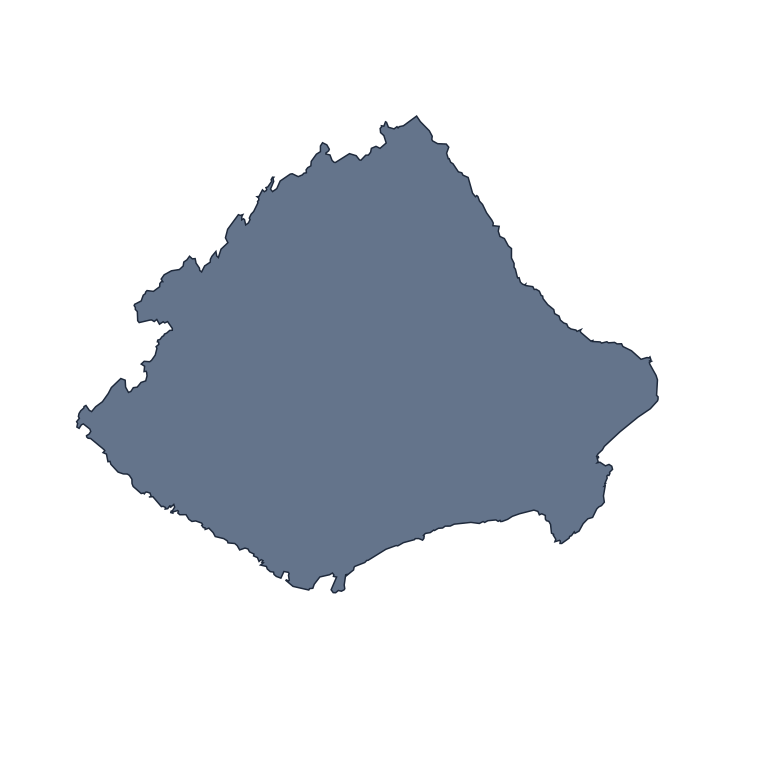 Bangkalan, Jawa Timur, Indonesia (Equal Earth projection), rotated 217°
{"feature_id": "22746128B23347682239441", "entity_name": "Bangkalan", "entity_type": "district", "adm_level": 2, "iso_a3": "IDN", "parent_name": "Indonesia", "parent_adm1": "Jawa Timur", "projection": "equal_earth", "projection_center": [112.943, -7.046], "detail": "fine", "context": "isolated", "style": "filled", "palette": "slate", "viewbox_px": 768, "rotation_deg": 217, "n_neighbors": 0, "source": "geoboundaries", "source_scale": "gbopen_adm2", "svg_char_len": 6171}
<svg xmlns="http://www.w3.org/2000/svg" viewBox="0 0 768 768"><g transform="rotate(217 384 384)"><path d="M606.8,168.9L605.0,168.2L603.4,164.8L600.8,165.1L601.1,169.3L600.1,171.2L591.8,171.0L589.6,169.6L589.4,166.4L590.5,163.7L589.6,162.8L587.7,162.6L585.5,163.9L568.2,163.1L566.8,162.7L567.1,160.1L563.5,161.0L557.7,155.8L556.2,157.3L553.8,155.5L543.4,153.6L538.1,155.3L534.8,157.6L532.4,157.8L528.0,156.2L525.4,152.9L522.7,151.2L512.0,150.4L510.5,152.1L509.3,152.0L509.3,154.0L508.4,155.0L505.2,156.1L502.7,154.4L502.4,153.6L503.8,152.2L500.8,154.9L488.0,152.1L486.8,153.4L484.2,153.9L483.5,152.4L481.7,154.3L481.8,157.7L480.6,158.2L480.3,156.6L479.4,161.3L477.1,159.7L476.7,155.6L477.5,154.3L476.9,153.0L474.9,153.8L475.6,154.7L472.7,158.7L471.6,158.7L471.0,156.9L468.4,156.7L463.5,160.5L458.4,158.5L454.7,158.6L452.0,161.3L445.9,163.2L444.3,162.5L444.5,161.4L441.9,160.6L440.4,161.4L439.3,160.2L437.1,163.5L431.0,162.5L427.0,160.6L418.9,164.1L414.6,164.4L413.0,163.2L407.2,166.8L404.0,166.6L399.4,164.6L396.3,169.3L393.4,170.4L390.4,169.0L385.5,169.9L384.7,168.2L380.6,169.2L377.0,167.1L376.4,169.8L374.3,170.1L374.3,168.1L372.8,168.6L373.7,165.1L368.1,167.5L365.9,166.0L361.9,165.7L359.0,167.3L357.2,165.7L354.2,165.5L349.5,166.9L351.1,174.0L347.1,176.0L345.7,175.5L345.2,173.8L341.6,170.3L341.7,169.3L344.1,168.8L344.1,168.1L334.9,167.6L320.1,174.2L320.3,175.8L317.9,178.0L319.2,182.1L319.1,191.3L312.7,198.9L311.4,202.0L309.2,201.4L308.6,199.9L305.7,201.3L302.4,187.8L299.0,186.8L297.0,188.2L296.2,191.6L293.3,192.9L292.0,195.6L292.1,196.9L294.8,199.5L299.8,208.6L299.1,209.5L298.5,208.7L296.4,217.2L297.6,219.6L297.5,220.8L291.9,229.9L291.6,232.7L290.6,233.6L283.0,253.2L277.1,262.3L275.6,263.0L273.0,269.0L266.0,278.0L266.0,279.3L263.2,281.5L259.2,282.5L259.2,284.6L260.4,286.8L261.4,286.8L261.0,289.6L257.6,293.2L256.4,297.2L255.5,297.4L253.7,301.5L250.5,304.3L249.6,307.3L245.6,310.4L243.6,314.3L231.3,325.8L223.9,330.0L222.1,333.8L220.3,334.0L218.8,337.3L212.8,342.8L210.2,343.0L209.3,344.9L208.1,344.3L206.9,345.4L203.8,350.3L201.9,355.5L197.7,361.9L188.4,373.5L184.4,374.9L181.2,373.0L179.9,375.3L176.1,376.1L173.8,373.2L172.0,372.6L169.7,373.5L166.5,372.1L160.5,365.7L158.1,366.0L157.9,365.2L153.4,363.4L152.6,360.9L149.7,364.8L148.7,364.7L147.5,362.6L146.1,363.6L143.4,372.3L144.0,374.0L143.0,375.7L143.1,380.4L141.6,379.7L139.7,383.9L140.9,392.3L140.1,399.0L137.1,403.0L138.9,412.3L138.5,415.1L137.1,417.8L136.9,422.2L141.4,426.7L145.8,435.3L146.6,434.7L146.4,436.3L147.7,437.3L147.2,438.2L148.0,438.5L149.1,443.1L150.6,444.5L150.5,445.8L149.3,446.3L149.7,448.4L150.7,449.2L150.1,453.4L152.6,455.4L155.9,455.2L157.9,451.9L164.5,451.5L166.3,449.4L166.2,450.8L168.9,452.9L168.3,454.3L169.1,455.0L169.8,453.7L170.7,454.1L171.0,457.0L170.0,462.8L170.5,466.8L166.8,487.7L161.2,510.5L156.4,524.5L155.4,535.2L156.0,536.8L157.4,538.7L159.5,539.0L168.1,551.9L171.9,554.6L183.9,559.9L185.0,560.9L184.1,563.1L185.7,562.5L185.3,563.9L187.9,565.7L188.1,564.3L189.9,563.4L193.6,558.4L206.3,559.5L215.8,557.7L218.5,559.1L222.0,556.3L224.9,556.0L229.6,551.9L231.4,551.9L234.9,547.6L236.7,547.7L243.1,543.4L243.4,544.4L244.7,542.8L257.7,543.6L259.3,544.4L259.4,546.0L261.5,542.2L263.2,542.6L267.7,540.5L271.2,540.2L274.2,541.9L277.3,540.9L281.6,541.2L285.1,543.6L290.1,542.9L293.2,545.6L301.0,545.9L308.4,547.9L310.2,549.7L311.8,549.3L315.8,551.6L319.5,551.2L320.9,549.9L323.7,551.3L329.9,548.0L330.7,547.8L331.0,548.8L331.3,547.8L333.4,547.1L336.3,547.4L340.1,550.2L341.0,549.2L342.1,549.8L348.2,554.8L350.4,555.5L352.7,558.6L358.0,561.3L363.7,568.9L367.8,569.1L375.4,572.6L380.2,571.6L384.7,574.8L386.9,579.2L392.3,576.0L393.6,578.3L396.6,579.8L405.0,582.4L413.4,586.7L417.7,587.5L421.8,590.2L423.3,590.3L423.7,588.6L428.1,589.7L441.1,599.6L446.6,598.3L449.0,599.5L452.3,598.2L461.4,601.4L464.2,601.2L467.6,603.2L468.2,602.6L472.9,606.0L474.8,612.1L478.7,613.1L485.8,608.2L491.5,607.4L493.0,608.1L494.6,610.9L500.2,613.5L512.9,615.4L519.2,617.6L523.9,601.9L526.7,598.7L526.9,597.0L528.5,597.3L529.5,593.8L535.0,591.7L539.5,594.5L540.6,594.3L539.3,589.8L541.5,588.7L540.6,587.6L540.9,585.8L538.0,582.7L533.6,582.3L527.3,577.8L529.0,569.8L533.4,569.0L535.9,564.6L534.2,561.1L534.2,557.5L536.3,555.7L537.1,548.8L538.4,548.2L543.6,549.6L550.2,547.2L556.1,531.7L557.3,531.0L560.0,531.3L565.0,534.4L568.8,532.7L569.4,533.5L568.5,537.0L569.0,538.6L573.6,540.6L578.3,539.7L578.0,535.8L574.6,531.3L576.3,526.9L576.1,518.0L573.7,514.2L575.1,510.9L575.1,508.2L573.1,506.0L574.8,504.2L575.1,501.8L577.3,498.0L583.8,496.7L585.2,495.2L589.1,483.6L587.2,475.5L588.8,470.6L591.9,471.3L594.0,479.4L596.4,481.4L596.4,482.8L597.5,482.1L597.1,479.2L595.7,478.3L595.4,471.5L596.5,469.8L594.7,468.8L594.5,467.6L595.3,465.6L597.9,465.9L596.7,458.6L598.1,457.2L596.0,457.1L594.7,455.5L594.9,453.7L593.7,452.7L591.9,443.3L592.3,439.6L591.4,435.4L589.9,434.7L589.2,431.0L590.2,427.8L594.3,431.3L595.6,431.4L596.4,429.5L598.3,432.1L598.7,434.3L600.2,432.2L602.2,431.6L602.0,413.5L598.6,405.3L593.7,402.9L595.3,393.6L592.4,385.3L594.7,385.6L598.0,388.7L598.3,382.4L597.7,379.1L596.1,376.7L598.3,370.4L597.1,363.7L599.5,363.8L601.2,365.5L606.8,367.4L610.3,370.5L612.4,368.6L616.2,369.0L616.1,364.6L617.3,360.9L615.4,357.4L616.3,352.3L621.9,346.5L625.3,338.9L625.1,333.7L622.3,332.6L623.4,331.7L623.5,329.4L621.7,326.7L623.9,319.2L629.5,316.0L629.7,313.9L629.0,312.6L629.7,310.0L627.9,304.2L631.1,297.6L630.7,296.2L628.7,295.5L627.5,293.9L624.6,293.4L618.8,286.3L616.5,285.7L609.5,294.1L608.1,295.3L605.1,295.6L604.3,298.8L599.3,296.6L597.8,300.8L595.9,300.8L594.4,303.6L586.5,301.0L585.4,299.5L587.4,297.8L588.2,293.8L589.4,291.8L589.0,289.8L589.7,288.5L589.7,284.8L591.1,282.9L590.4,281.3L589.2,281.8L587.7,280.1L588.5,276.7L586.8,275.8L584.1,269.4L583.9,263.0L584.5,260.8L589.2,257.8L589.9,253.8L585.9,254.1L583.1,249.5L581.7,251.0L580.5,250.4L578.1,247.8L576.2,243.1L579.0,239.0L579.2,233.0L582.0,230.2L581.7,225.7L583.0,223.5L588.5,226.0L593.0,231.3L597.5,230.0L599.6,217.1L598.5,210.5L598.2,200.4L600.6,192.3L600.9,186.0L603.4,185.6L609.1,187.5L610.0,185.5L609.3,184.2L610.1,180.0L609.8,176.9L608.5,174.1L606.7,173.3L606.8,168.9Z" fill="#64748b" stroke="#1e293b" stroke-width="1.5"/></g></svg>